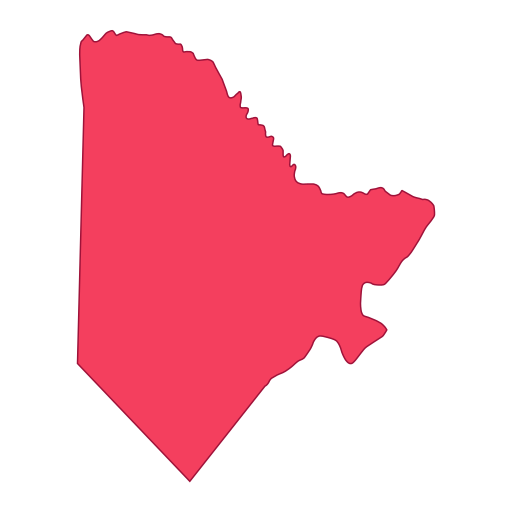 outline of San Vicente Centenario, Santa Bárbara, Honduras
{"feature_id": "27666195B10024798844704", "entity_name": "San Vicente Centenario", "entity_type": "district", "adm_level": 2, "iso_a3": "HND", "parent_name": "Honduras", "parent_adm1": "Santa Bárbara", "projection": "equal_earth", "projection_center": [-88.287, 14.884], "detail": "fine", "context": "isolated", "style": "filled", "palette": "rose", "viewbox_px": 512, "rotation_deg": 0, "n_neighbors": 0, "source": "geoboundaries", "source_scale": "gbopen_adm2", "svg_char_len": 5958}
<svg xmlns="http://www.w3.org/2000/svg" viewBox="0 0 512 512"><path d="M134.4,33.5L126.6,31.8L126.1,31.8L123.9,32.4L119.9,33.9L117.3,35.2L116.5,35.4L116.2,35.2L115.5,34.4L114.9,33.6L114.0,32.1L113.6,31.6L113.1,31.1L112.5,30.8L112.1,30.7L111.3,30.8L110.6,31.0L107.9,32.1L106.3,33.1L105.4,34.0L103.6,36.1L102.3,37.6L100.7,39.2L99.3,40.5L98.4,41.0L97.5,41.4L96.6,41.7L95.7,41.8L94.3,41.7L93.5,41.4L92.0,39.5L89.8,36.3L89.1,35.4L88.6,35.1L88.1,34.8L87.7,34.8L87.3,34.8L86.8,35.1L82.9,40.0L81.7,41.1L81.3,41.6L81.1,42.0L80.8,43.2L80.1,46.3L79.8,49.5L79.7,54.5L80.7,78.9L81.3,86.3L82.8,98.8L84.0,107.5L77.5,363.5L189.8,481.3L264.9,386.2L266.4,385.2L267.1,384.5L267.7,383.8L268.5,382.7L269.6,380.5L270.5,379.3L271.1,378.6L271.8,378.1L276.9,375.1L279.1,374.1L282.8,372.6L285.4,371.2L289.2,368.6L291.4,366.9L292.9,365.6L295.4,363.3L297.7,361.4L298.8,360.7L299.6,360.3L302.2,359.2L303.0,358.7L303.9,358.1L304.6,357.3L305.2,356.5L306.9,354.1L309.6,350.1L310.6,348.5L311.6,346.5L312.5,344.5L313.4,342.0L314.2,340.6L314.8,339.6L315.6,338.5L316.3,337.8L316.9,337.2L318.3,336.4L319.5,336.0L320.9,336.0L322.8,336.2L327.7,337.4L331.2,338.4L334.4,339.6L336.1,340.6L336.9,341.3L337.5,342.1L338.5,343.5L339.5,345.4L340.6,348.0L341.9,352.3L343.0,355.0L344.2,357.5L345.5,359.8L346.8,361.4L347.7,362.3L348.2,362.7L349.4,363.4L350.8,363.6L351.8,363.4L352.7,362.9L354.0,361.7L355.2,360.4L356.5,358.8L360.8,353.2L363.4,349.9L364.8,348.3L365.7,347.5L366.8,346.6L373.6,342.1L382.1,336.6L383.2,335.6L384.7,333.4L385.8,331.7L386.8,329.9L385.9,328.4L385.0,327.1L383.8,325.8L382.6,324.6L381.3,323.5L380.3,322.9L376.9,321.0L375.4,320.3L368.4,317.4L365.1,316.4L363.9,315.9L363.3,315.5L362.8,315.0L362.5,314.5L362.0,313.6L361.4,312.0L361.0,310.2L360.6,306.5L360.5,303.3L360.8,297.7L361.2,292.0L361.6,288.5L362.0,287.0L362.3,285.7L362.6,285.0L363.1,284.3L363.5,283.8L364.1,283.3L365.3,282.6L365.8,282.5L366.9,282.3L368.3,282.4L369.9,282.7L371.1,283.1L372.8,284.1L374.6,284.6L377.4,284.9L379.4,285.0L381.5,285.0L383.4,284.7L384.5,284.3L385.6,283.4L388.8,279.9L393.2,274.6L396.0,270.9L397.6,268.4L400.2,263.8L401.2,262.2L402.4,260.6L403.4,259.6L404.4,258.7L405.3,258.0L407.1,257.0L408.2,256.0L409.3,254.7L411.4,252.0L413.9,248.1L419.2,239.6L421.6,235.2L424.3,230.1L426.0,227.3L427.3,225.5L431.0,220.9L432.4,218.9L433.7,217.0L434.3,215.7L434.5,214.7L434.5,212.1L434.3,209.5L434.0,207.0L433.8,205.9L433.3,205.0L432.4,203.8L431.1,202.4L429.5,201.1L428.5,200.4L427.7,200.0L426.7,199.7L425.4,199.4L424.2,199.3L422.9,199.5L422.3,199.4L419.6,198.5L416.5,197.8L414.5,197.2L412.9,196.6L411.5,195.8L405.1,192.2L402.1,190.6L401.7,190.8L401.0,192.0L399.7,193.8L399.4,194.1L399.1,194.3L397.4,195.0L395.2,195.6L393.7,195.7L392.1,195.6L390.7,195.3L390.3,195.1L385.7,191.6L384.9,190.8L384.0,189.2L383.0,188.3L382.4,188.0L381.5,187.7L380.8,187.6L379.8,187.7L378.4,188.0L375.9,188.8L372.8,189.3L370.7,189.7L370.4,190.0L369.8,190.8L367.7,193.8L367.5,194.1L367.0,194.3L366.0,194.3L365.2,194.1L364.5,193.8L363.0,192.9L361.2,192.2L360.0,192.0L358.7,192.0L356.9,192.4L355.1,193.3L354.0,193.9L351.9,195.7L350.4,196.5L349.2,197.0L348.3,197.2L347.7,197.2L347.1,197.0L346.4,196.5L345.4,195.4L344.4,194.2L343.7,193.5L342.6,193.0L341.3,192.7L340.2,192.7L339.2,192.8L338.2,193.0L335.8,193.7L333.6,194.1L330.8,194.4L326.8,194.5L324.6,194.3L322.9,194.0L322.0,193.7L321.7,193.4L321.4,192.9L321.1,192.3L320.8,190.9L319.6,188.2L318.6,186.6L317.9,185.9L316.3,184.9L313.9,184.1L313.0,184.0L308.2,184.0L303.2,184.2L301.9,184.1L300.2,183.7L297.9,182.8L297.2,182.3L296.5,181.6L296.0,181.1L295.5,180.3L295.1,179.5L294.8,178.7L294.3,176.5L294.2,174.9L294.5,172.6L294.8,171.0L295.5,169.1L295.7,167.8L295.8,167.0L295.7,166.4L295.4,165.4L295.0,164.9L294.6,164.5L294.1,164.4L293.5,164.5L293.2,164.7L292.4,165.6L291.6,166.3L291.2,166.6L290.8,166.7L290.6,166.6L290.2,166.4L290.0,166.0L289.9,165.6L289.7,164.7L290.0,161.0L290.4,156.2L290.3,155.1L289.9,154.2L289.6,153.9L289.2,153.7L288.8,153.7L288.4,153.8L287.2,154.6L286.1,155.8L285.5,156.4L284.6,156.8L284.1,156.9L283.9,156.9L283.6,156.7L283.4,156.4L283.1,155.2L283.1,150.7L282.9,150.1L282.6,149.3L281.9,148.2L281.1,147.1L280.5,146.4L280.0,146.2L278.8,146.1L276.8,146.1L274.6,146.3L273.4,146.0L272.8,145.7L272.6,145.4L272.5,145.1L272.6,144.1L273.6,139.0L273.6,138.3L273.4,137.5L273.1,137.2L272.6,136.8L271.6,136.3L270.7,136.4L268.5,137.1L267.4,137.2L266.6,137.1L266.2,136.8L265.8,136.1L265.6,135.1L265.5,133.6L265.6,132.3L265.6,131.9L265.0,129.8L264.5,127.5L264.2,126.6L263.5,125.8L262.9,125.4L260.6,124.9L258.8,124.8L258.3,124.6L258.1,124.1L257.9,123.1L257.6,120.6L257.4,119.5L257.2,118.6L256.8,118.0L256.3,117.8L255.7,117.6L254.3,117.7L253.4,117.9L252.4,118.3L251.4,118.4L249.9,118.9L248.7,119.1L247.8,119.0L247.3,118.8L246.9,118.6L246.6,118.3L246.3,117.9L246.1,117.4L246.1,116.6L246.1,116.1L246.3,115.2L246.6,114.5L247.6,112.7L248.0,111.6L248.3,110.0L248.2,108.9L247.9,108.4L247.1,108.0L245.8,107.8L242.3,107.9L241.2,107.7L240.6,107.5L240.3,107.0L240.2,106.1L240.1,104.8L240.6,102.7L240.9,100.3L241.2,98.6L241.3,97.0L241.2,96.3L240.8,93.6L240.5,92.5L240.2,91.9L239.6,91.7L239.3,91.8L239.0,91.9L238.0,93.0L236.2,94.5L234.5,96.3L233.7,97.0L233.0,97.3L231.6,97.8L230.4,97.9L229.4,97.6L229.0,97.4L228.6,96.9L228.0,96.0L227.4,94.5L226.5,91.1L223.2,82.2L222.2,79.4L221.6,78.3L219.3,74.2L215.6,67.4L213.6,63.1L213.0,62.0L212.5,61.5L211.8,61.0L210.6,60.3L208.9,59.7L207.7,59.4L199.4,60.3L197.7,60.3L196.8,60.0L196.0,59.3L195.2,58.1L194.0,55.5L193.2,53.4L192.0,52.5L190.9,51.9L190.0,51.7L186.5,51.6L184.1,52.0L183.5,51.9L183.3,51.7L182.9,51.2L182.7,50.5L182.6,49.7L182.5,48.3L182.2,46.8L181.6,45.5L181.0,44.5L180.6,44.2L180.2,44.1L178.2,44.2L176.5,43.9L175.5,43.6L172.7,39.8L171.5,37.8L171.1,37.4L170.6,37.1L169.6,36.9L167.5,36.9L166.0,36.8L164.2,36.4L163.7,36.1L162.7,35.1L162.0,34.6L160.8,34.1L159.4,33.7L158.3,33.7L157.1,33.8L156.0,34.0L153.3,34.8L152.0,35.1L150.3,35.3L149.1,35.4L146.4,34.8L142.6,34.8L138.7,34.6L137.3,34.3L134.4,33.5Z" fill="#f43f5e" stroke="#9f1239" stroke-width="1.5"/></svg>